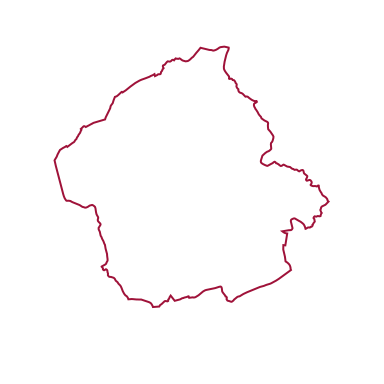 the district of Mueang Ang Thong, Ang Thong, Thailand, rotated 322°
{"feature_id": "78962969B37597222908086", "entity_name": "Mueang Ang Thong", "entity_type": "district", "adm_level": 2, "iso_a3": "THA", "parent_name": "Thailand", "parent_adm1": "Ang Thong", "projection": "orthographic", "projection_center": [100.455, 14.575], "detail": "fine", "context": "isolated", "style": "outline", "palette": "rose", "viewbox_px": 384, "rotation_deg": 322, "n_neighbors": 0, "source": "geoboundaries", "source_scale": "gbopen_adm2", "svg_char_len": 5973}
<svg xmlns="http://www.w3.org/2000/svg" viewBox="0 0 384 384"><g transform="rotate(322 192 192)"><path d="M168.2,81.3L157.0,76.9L148.3,75.4L148.0,74.4L147.7,73.9L147.3,73.6L146.7,73.5L145.4,73.7L143.2,73.9L143.2,74.9L141.4,75.7L140.4,76.4L137.6,77.2L136.6,77.8L135.0,78.2L133.5,79.1L132.1,79.2L130.3,79.9L129.5,80.0L128.0,79.8L121.5,79.7L121.4,78.6L121.3,78.4L119.7,78.3L117.5,77.9L113.9,77.6L112.9,78.0L109.1,79.7L107.1,80.9L103.2,82.4L100.8,87.5L89.2,114.4L88.4,116.5L87.8,118.7L87.6,121.2L87.9,121.8L89.6,123.1L90.8,124.4L90.9,125.1L91.7,126.7L95.4,133.1L96.5,136.3L97.2,137.1L98.1,138.5L98.8,139.0L100.4,139.5L101.3,139.6L103.0,139.7L105.3,140.7L105.7,141.3L106.1,142.4L106.4,143.9L105.9,145.4L103.9,148.9L103.0,150.9L102.5,154.1L102.0,154.8L100.7,155.8L100.1,156.7L100.0,157.6L100.3,160.3L100.1,161.1L99.5,161.6L96.3,162.8L95.4,164.1L94.9,166.5L93.1,170.2L92.9,172.0L92.4,173.3L91.9,176.3L91.1,178.7L90.9,180.0L89.0,183.5L86.9,188.5L85.8,190.1L84.2,192.8L83.4,193.9L83.0,194.2L81.1,195.0L80.3,195.6L79.7,195.7L78.9,195.7L75.5,195.2L75.0,195.1L74.8,195.2L74.9,197.0L74.8,197.4L74.2,198.1L74.2,198.9L74.5,199.5L74.9,199.7L76.4,199.8L76.7,200.0L76.9,200.4L77.0,201.3L76.8,202.0L76.0,203.3L75.7,204.4L74.5,205.8L74.4,206.9L74.5,207.6L74.8,208.1L75.9,209.1L77.4,211.3L77.6,211.9L77.7,212.9L77.3,214.9L77.8,217.2L77.6,219.0L77.9,221.5L77.8,222.6L77.4,224.3L76.4,227.5L75.9,230.4L75.9,232.4L76.4,234.0L76.4,234.9L76.2,236.3L75.8,237.4L78.7,239.3L82.2,242.6L85.8,245.5L90.3,252.3L90.9,253.6L91.1,254.4L91.1,255.5L90.8,257.5L90.4,258.6L95.7,262.1L97.1,261.5L99.2,261.6L103.2,261.2L104.0,261.6L105.4,263.1L106.1,263.2L107.1,262.1L108.2,262.0L109.6,261.1L111.4,260.5L111.4,267.1L116.5,269.3L119.0,269.7L120.0,270.3L120.8,270.4L123.2,271.5L124.8,271.9L125.1,272.1L125.1,272.3L124.5,273.3L124.6,273.6L127.8,275.5L128.0,275.9L129.0,276.6L130.0,277.0L133.6,277.4L139.4,277.2L141.6,277.5L142.8,277.9L151.1,282.0L155.2,283.5L156.4,284.2L156.6,285.1L156.5,285.5L156.1,286.4L154.6,288.9L154.4,290.0L154.4,294.0L154.1,295.0L154.6,295.6L154.6,295.9L154.3,296.9L153.3,297.6L153.1,298.7L153.1,299.4L153.4,299.9L154.2,300.9L155.2,302.5L155.5,302.8L156.1,303.0L156.9,303.0L157.9,303.0L158.8,302.7L163.2,302.6L164.2,302.9L165.3,303.5L169.7,304.0L173.7,304.9L187.2,308.7L190.7,310.2L193.5,311.0L197.1,312.4L198.3,312.7L203.7,313.6L207.0,313.9L222.0,314.4L222.3,313.3L222.8,312.7L223.4,311.5L223.8,310.4L224.0,309.3L224.0,308.4L223.7,306.4L223.0,304.3L225.4,300.2L228.5,293.5L231.3,290.1L232.7,291.5L241.5,283.3L240.2,281.9L239.4,280.2L239.0,278.6L244.9,281.8L246.4,282.9L246.9,283.0L247.7,283.0L248.7,282.6L249.0,282.3L251.7,276.2L252.2,275.5L252.9,275.0L253.6,274.9L255.4,275.3L256.3,275.7L256.8,276.3L258.3,280.1L259.3,282.4L259.9,284.8L260.1,286.4L259.9,287.6L259.5,289.2L258.8,290.9L259.3,291.1L261.3,291.3L262.2,291.8L263.0,292.6L264.1,292.5L264.8,293.0L266.2,292.8L266.4,292.7L266.7,292.0L267.5,291.9L268.4,291.4L270.5,290.9L271.7,288.7L271.7,287.4L272.0,287.1L273.0,286.7L273.7,286.7L274.7,287.9L276.4,288.4L277.3,289.5L278.4,290.1L280.1,288.8L281.3,288.4L281.3,287.6L282.0,285.3L282.4,284.9L283.2,284.6L283.8,284.0L284.4,283.6L285.6,283.4L289.3,284.2L293.7,283.6L293.5,282.5L294.2,280.8L294.2,279.5L294.1,278.3L293.0,275.3L293.0,274.0L293.4,272.5L293.5,270.9L293.8,268.9L294.8,266.5L295.8,265.0L295.6,264.7L295.2,264.5L293.8,264.5L292.8,263.2L291.0,261.9L290.4,261.1L289.8,259.9L289.8,259.5L290.0,259.3L291.3,258.9L292.2,258.2L292.6,257.3L292.6,255.9L292.4,255.3L292.0,254.8L289.8,254.0L289.4,253.7L289.3,253.1L289.4,252.6L289.7,252.2L291.7,251.3L292.3,250.8L292.6,250.5L292.6,249.9L291.8,246.5L291.9,245.9L292.8,244.0L292.9,243.5L292.8,243.0L292.5,242.6L291.7,242.2L290.7,241.9L289.3,241.8L289.1,241.6L288.8,240.9L288.4,239.1L288.0,238.6L286.4,237.6L286.0,236.3L285.3,235.5L284.6,232.6L282.7,230.6L281.1,226.9L280.6,226.7L278.9,226.6L278.0,226.2L277.4,224.7L277.3,223.5L276.8,222.5L276.7,222.0L276.0,221.1L276.1,219.9L275.8,219.1L274.7,218.8L273.2,218.9L271.9,218.6L268.1,218.0L267.3,217.7L266.2,215.9L265.1,213.6L264.6,212.0L264.6,211.2L264.9,210.5L265.7,209.6L269.9,206.7L273.7,206.4L275.9,206.5L277.5,207.0L278.4,207.1L280.0,207.0L280.9,206.8L281.3,206.4L283.4,203.1L284.2,202.3L284.7,202.0L286.0,201.8L287.0,201.3L289.3,199.6L290.3,198.5L290.6,197.3L290.9,192.6L290.7,189.5L291.7,187.8L292.9,186.1L294.3,184.7L294.6,184.0L294.5,183.1L293.1,180.2L292.1,176.8L292.6,175.2L292.4,173.1L292.5,171.4L292.9,169.6L293.2,166.2L293.1,165.7L293.4,164.7L293.5,163.7L293.8,162.6L294.3,161.6L295.1,160.8L296.4,160.6L296.9,160.9L298.6,160.9L298.8,160.0L298.0,159.5L297.1,158.6L296.7,158.0L295.8,156.1L294.9,153.1L294.6,151.4L294.3,150.9L293.9,150.4L292.8,149.8L292.4,145.9L292.0,144.7L291.0,143.3L290.7,142.1L290.9,140.8L291.2,140.3L291.8,139.6L291.6,138.3L291.7,137.1L292.1,136.0L293.2,135.1L293.5,134.6L293.6,134.0L293.5,133.0L294.0,131.4L293.9,129.7L293.0,128.8L293.1,127.6L292.5,126.6L291.4,126.2L291.0,125.8L291.0,125.4L291.7,124.7L292.3,123.7L292.3,118.8L292.5,116.4L293.0,114.6L294.3,112.8L297.9,109.4L303.1,105.3L305.2,103.9L308.2,102.4L309.5,101.3L309.8,100.8L307.6,98.1L306.9,97.3L306.2,96.9L303.8,95.5L302.6,95.1L300.1,95.0L298.3,94.7L296.8,94.2L295.7,93.6L294.8,92.2L293.2,90.8L287.5,83.6L284.6,84.3L281.0,85.0L276.1,86.2L274.9,86.1L271.9,86.4L270.8,86.4L269.3,86.2L267.9,85.4L267.4,85.1L265.7,82.8L265.4,82.2L264.7,79.6L264.4,79.0L263.0,78.6L262.2,77.6L261.6,77.3L261.4,76.7L260.9,76.7L258.9,77.2L258.5,76.2L257.9,75.8L257.2,75.7L256.4,75.9L255.2,75.8L254.7,75.5L253.3,74.1L252.2,74.1L248.8,74.9L247.4,74.5L247.0,74.5L246.5,74.9L246.1,75.6L245.9,76.8L245.8,77.0L244.3,77.2L243.2,78.0L241.5,78.4L240.2,79.5L239.7,79.6L239.3,79.5L238.5,78.9L237.8,78.4L236.5,78.4L234.2,77.9L235.0,76.0L233.1,75.8L230.6,75.1L229.8,75.1L225.5,73.8L221.3,72.4L219.3,71.9L214.5,71.2L208.5,71.0L202.4,71.1L198.6,70.8L198.4,69.9L198.1,69.8L193.5,70.2L191.5,70.2L189.8,69.6L186.6,71.5L184.2,73.2L181.9,73.8L180.8,74.2L179.0,75.7L169.9,80.1L168.2,81.3Z" fill="none" stroke="#9f1239" stroke-width="2"/></g></svg>